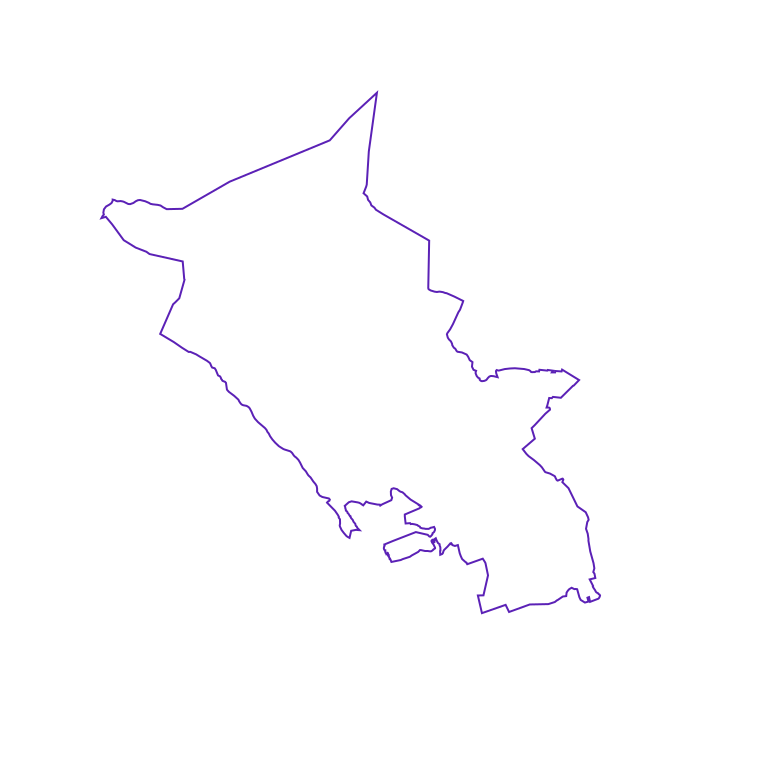 the district of Tlalmanalco, México, Mexico, rotated 242°
{"feature_id": "50627088B86677903952586", "entity_name": "Tlalmanalco", "entity_type": "district", "adm_level": 2, "iso_a3": "MEX", "parent_name": "Mexico", "parent_adm1": "México", "projection": "natural_earth1", "projection_center": [-98.767, 19.207], "detail": "fine", "context": "isolated", "style": "outline", "palette": "violet", "viewbox_px": 768, "rotation_deg": 242, "n_neighbors": 0, "source": "geoboundaries", "source_scale": "gbopen_adm2", "svg_char_len": 6142}
<svg xmlns="http://www.w3.org/2000/svg" viewBox="0 0 768 768"><g transform="rotate(242 384 384)"><path d="M644.5,514.5L635.0,478.0L624.6,450.5L635.1,342.7L633.3,288.3L640.4,274.2L643.8,271.9L646.5,270.5L648.4,268.3L651.2,264.2L652.7,262.4L654.4,261.4L657.5,258.9L661.0,255.0L661.8,253.0L661.9,250.6L661.5,247.7L662.0,244.3L663.0,242.7L667.2,239.7L668.2,238.6L669.2,237.3L670.4,234.5L671.2,233.6L672.8,232.6L674.2,231.0L673.2,230.5L672.1,229.0L671.7,228.3L671.3,225.8L671.2,221.9L669.7,218.7L667.0,216.6L665.1,216.2L664.5,214.5L663.1,212.4L662.2,216.9L652.7,218.9L633.2,221.7L621.0,228.8L612.3,236.3L608.8,238.0L586.7,263.8L570.5,256.9L569.8,256.9L555.8,243.5L554.1,238.0L553.4,235.2L533.3,209.9L519.7,218.1L510.8,222.7L504.0,226.6L503.3,228.1L498.3,232.1L495.2,233.9L487.6,238.6L484.6,240.0L483.9,240.2L480.6,239.9L479.2,240.0L477.4,241.9L475.5,242.1L469.5,241.5L467.7,242.8L466.3,242.9L465.0,242.6L463.9,242.9L463.1,242.8L462.5,243.0L460.5,244.7L459.2,245.0L452.8,242.7L451.7,242.9L449.8,243.4L443.8,246.2L438.5,248.1L437.0,248.0L434.7,248.2L433.3,248.5L432.4,248.9L431.4,249.7L429.2,252.4L427.2,253.6L425.6,254.0L421.8,254.0L417.4,253.6L414.1,253.7L409.4,254.9L401.0,258.2L398.7,258.7L396.4,258.6L394.4,259.0L391.4,258.9L387.4,259.4L383.2,260.4L378.4,262.0L374.0,264.5L373.0,265.3L368.6,269.6L367.8,270.0L366.3,270.5L363.3,270.8L361.8,271.2L360.4,271.9L357.3,272.8L354.1,273.0L348.0,272.8L343.6,274.0L339.8,274.2L338.6,274.4L336.0,275.3L331.1,275.8L327.9,276.5L325.4,276.6L323.0,275.8L320.2,274.3L315.8,274.8L313.2,276.5L308.8,281.6L307.4,281.9L306.6,281.0L306.5,279.1L306.0,278.0L295.2,281.2L290.1,281.8L288.0,281.8L287.3,281.3L285.2,281.6L281.4,279.7L279.9,278.5L278.9,278.2L275.0,278.0L271.3,278.6L267.3,279.5L265.8,280.3L264.3,281.3L269.8,286.1L268.4,290.7L266.4,293.8L269.5,292.9L271.0,293.0L271.7,292.6L272.7,292.6L274.0,293.0L276.7,292.4L278.7,292.6L281.1,292.0L283.0,292.3L283.1,291.9L286.4,291.7L287.1,291.3L288.6,291.6L290.1,290.9L291.0,291.3L292.8,291.6L293.5,292.0L294.8,292.1L296.1,297.4L295.6,300.3L291.8,305.2L290.6,306.5L288.3,307.9L287.6,308.1L286.6,308.7L288.5,313.1L285.9,315.1L280.7,321.5L279.4,323.7L278.4,323.6L278.6,326.0L278.0,335.9L279.8,337.8L282.6,338.0L285.9,339.6L287.8,341.5L287.4,343.6L285.0,346.2L282.4,347.3L281.2,348.0L279.7,349.5L276.8,350.6L275.8,350.7L269.5,353.2L260.1,358.7L260.1,358.2L257.9,359.5L257.7,359.2L257.9,358.0L257.6,357.0L259.0,341.1L257.3,340.2L250.7,337.6L248.9,341.7L247.8,341.8L247.3,343.1L245.7,345.2L243.7,347.3L243.1,347.4L241.2,348.7L240.1,348.6L238.5,350.1L237.6,351.5L236.5,352.8L235.1,355.5L235.1,358.1L234.8,358.7L234.3,361.1L232.2,361.0L231.2,360.5L229.9,358.9L229.6,357.9L229.5,356.9L228.5,356.1L227.7,354.2L227.5,353.0L228.2,352.4L230.3,351.8L238.3,342.6L241.2,318.3L242.1,309.0L241.7,308.9L241.8,308.8L241.2,308.5L239.2,306.8L238.3,306.5L236.5,306.5L236.4,307.0L234.4,306.1L233.1,306.3L232.6,306.2L232.5,307.3L233.2,307.9L233.1,308.0L232.5,308.0L232.2,307.4L231.8,307.2L231.6,307.5L231.4,307.6L231.4,307.1L230.7,306.9L229.9,307.2L229.9,307.5L229.7,307.6L229.2,307.1L227.6,307.2L227.3,307.3L227.0,306.8L226.6,306.8L226.0,307.3L223.4,307.0L220.7,316.2L220.6,318.3L219.3,325.7L219.6,328.1L219.7,335.4L220.5,337.8L219.9,338.8L217.3,341.8L216.1,344.1L214.6,346.1L214.4,346.7L214.2,346.9L214.2,348.2L214.5,349.7L214.7,349.8L214.9,351.9L215.4,352.2L218.8,352.4L221.5,352.0L223.1,352.2L223.4,353.0L220.8,352.7L220.7,354.3L222.0,355.1L223.0,354.4L223.4,354.3L223.2,354.9L223.5,357.3L221.2,357.0L218.3,357.0L216.4,357.9L215.7,357.4L213.4,357.1L210.4,355.6L210.3,355.2L206.8,353.5L206.6,355.5L206.9,356.4L208.8,358.4L209.3,359.3L210.6,363.8L212.1,367.7L211.2,368.0L211.5,368.7L209.5,368.9L207.7,370.6L207.1,373.6L199.0,371.4L196.0,371.0L192.8,370.8L188.7,372.3L187.5,373.0L187.2,372.8L185.8,372.9L183.4,389.2L179.7,389.5L178.2,389.5L166.2,386.0L150.7,372.6L153.2,367.6L135.7,362.9L131.9,387.7L124.0,387.4L120.9,409.2L112.5,425.8L111.3,432.5L111.8,435.2L111.7,435.7L112.4,442.1L111.2,445.3L114.1,447.3L115.2,449.3L115.9,451.3L116.0,454.0L113.5,455.8L113.0,457.1L112.1,458.2L103.9,456.4L101.0,456.3L96.7,458.8L95.9,462.4L99.8,463.3L99.6,465.0L94.9,463.7L93.8,472.5L94.1,473.4L95.0,474.7L95.9,475.5L97.0,475.4L97.6,474.9L98.9,474.7L100.1,473.8L101.3,473.5L102.6,473.6L106.3,473.2L107.5,473.4L107.7,473.6L107.7,473.8L114.9,473.9L113.5,479.5L117.8,480.8L119.7,480.5L122.5,483.2L127.5,484.9L139.3,487.5L149.6,490.9L151.2,491.8L156.2,493.6L161.3,494.4L166.7,498.7L168.0,500.9L170.5,501.6L176.1,501.9L185.1,497.3L205.4,498.0L213.6,495.4L215.3,497.4L216.4,497.4L216.7,497.1L217.1,492.3L217.3,491.8L218.3,491.4L221.2,491.4L221.9,491.6L222.6,491.4L227.0,488.5L230.3,485.2L230.9,484.9L236.3,484.3L239.3,483.5L246.6,480.6L252.5,477.8L255.5,476.9L261.4,475.9L264.9,491.5L275.7,493.6L276.9,497.7L282.0,512.5L283.4,518.5L284.7,519.0L285.5,518.8L285.9,518.4L286.9,516.5L288.6,518.3L294.1,523.3L292.7,525.5L293.3,527.1L288.8,533.7L293.5,549.4L293.7,549.9L293.5,550.5L293.6,551.0L295.9,558.1L313.1,548.0L311.7,546.7L315.1,541.3L313.9,540.5L315.4,537.7L316.4,539.5L319.5,535.2L319.1,534.7L319.2,534.4L323.6,527.9L322.3,526.8L323.7,524.4L323.8,523.7L323.7,522.9L325.0,520.2L325.6,519.5L326.8,519.3L328.2,518.5L331.4,514.8L336.5,506.9L338.6,502.4L340.5,497.6L341.9,491.9L342.4,491.0L343.4,490.1L343.2,489.4L342.6,488.8L341.8,488.5L340.7,488.1L336.7,487.5L339.4,484.5L340.6,482.7L341.0,481.8L341.1,480.4L340.6,478.7L339.6,476.5L339.5,475.6L339.7,473.9L340.5,471.8L341.2,471.1L342.0,470.7L342.9,470.5L344.0,471.0L345.5,470.0L347.6,469.6L350.4,469.9L351.6,470.6L352.4,471.5L354.5,469.7L358.0,469.8L361.8,472.4L364.8,470.9L368.7,471.1L371.2,470.8L375.3,467.6L378.0,464.0L379.1,463.6L381.7,463.5L383.3,462.7L386.2,462.5L387.6,463.0L390.2,463.1L392.8,462.3L395.0,462.1L398.4,462.9L399.2,463.9L401.2,468.0L404.5,473.0L412.4,483.3L413.9,486.0L418.9,491.7L420.1,492.9L428.1,487.2L434.8,481.9L435.6,480.8L437.4,479.2L439.0,477.1L439.6,476.2L440.4,473.9L441.8,472.0L444.7,469.1L446.7,467.9L447.9,468.1L489.4,491.2L534.0,463.1L541.6,458.7L544.3,458.3L547.6,456.7L550.8,457.1L554.1,456.4L557.5,457.2L562.0,455.5L566.7,461.0L568.2,462.4L596.5,479.8L644.5,514.5Z" fill="none" stroke="#5b21b6" stroke-width="2"/></g></svg>